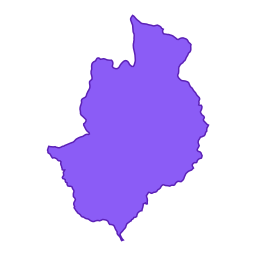 Novo Cruzeiro, Minas Gerais, Brazil (Robinson projection)
{"feature_id": "56859067B79443339621870", "entity_name": "Novo Cruzeiro", "entity_type": "district", "adm_level": 2, "iso_a3": "BRA", "parent_name": "Brazil", "parent_adm1": "Minas Gerais", "projection": "robinson", "projection_center": [-41.963, -17.365], "detail": "fine", "context": "isolated", "style": "filled", "palette": "violet", "viewbox_px": 256, "rotation_deg": 0, "n_neighbors": 0, "source": "geoboundaries", "source_scale": "gbopen_adm2", "svg_char_len": 5766}
<svg xmlns="http://www.w3.org/2000/svg" viewBox="0 0 256 256"><path d="M91.7,69.2L91.1,71.2L91.1,73.6L91.6,75.4L92.0,77.1L92.0,79.1L91.3,79.9L90.4,80.6L89.6,81.6L89.5,82.8L89.6,83.9L89.9,85.6L89.9,87.1L89.6,88.4L88.8,90.0L87.9,91.5L87.3,92.9L86.7,94.1L86.4,95.6L85.5,97.1L84.2,97.8L82.9,98.5L81.8,99.4L81.4,100.6L81.6,102.5L81.1,104.3L80.5,105.9L80.1,107.6L80.0,109.3L80.3,110.7L80.5,112.4L80.5,113.7L81.2,115.1L82.5,116.2L83.8,117.4L85.0,118.6L86.0,119.6L86.0,121.1L85.3,122.3L84.6,123.2L83.7,123.8L83.7,125.1L84.4,126.5L85.2,128.1L86.1,129.8L87.2,131.2L88.2,132.0L89.0,132.6L89.4,133.9L88.4,134.5L87.4,134.3L86.2,134.4L85.1,134.9L84.0,135.6L83.2,136.2L82.1,136.6L80.6,137.0L78.6,137.8L76.8,138.8L75.9,139.4L74.0,141.5L72.8,142.3L71.8,142.6L70.5,143.1L69.3,143.6L68.1,144.1L67.2,144.5L64.7,145.5L63.7,146.2L62.5,146.3L61.1,147.1L59.3,147.8L58.0,147.7L57.1,147.4L56.1,147.2L55.1,146.7L54.0,146.9L52.9,146.9L50.1,146.6L48.8,146.3L48.3,147.6L47.9,148.9L47.5,150.1L47.9,151.2L48.0,152.7L49.0,153.4L50.1,154.1L51.6,156.8L52.5,158.0L54.2,157.7L55.5,158.2L56.8,158.9L57.7,160.1L58.5,160.7L60.0,160.8L61.0,161.9L60.7,163.4L60.9,164.8L61.5,166.1L61.7,167.3L62.1,168.4L62.2,169.7L63.3,170.1L64.7,170.0L64.2,171.1L63.3,172.3L63.5,173.7L63.7,175.2L63.1,176.1L62.3,177.3L62.7,178.5L63.9,178.9L65.2,179.6L65.2,181.0L65.8,182.3L67.0,182.8L67.1,184.6L67.8,185.9L69.3,186.3L70.9,186.3L72.2,187.1L72.5,188.5L73.1,189.4L73.8,190.3L73.9,191.8L73.4,193.2L73.3,194.9L73.4,196.5L74.1,197.4L74.9,198.2L75.4,199.7L74.7,201.2L74.0,202.4L73.7,204.0L74.1,205.4L74.6,206.6L74.1,207.8L75.0,209.0L76.0,210.7L77.0,211.7L77.5,212.8L78.7,213.5L80.3,214.7L81.2,216.1L82.2,216.9L83.4,217.0L85.5,218.4L86.5,218.7L87.5,218.8L88.9,219.4L90.3,220.5L91.5,221.1L92.7,221.5L94.0,221.5L95.4,220.9L97.0,220.5L98.2,220.5L99.7,220.8L101.2,220.2L102.7,219.5L104.3,219.7L105.8,220.0L106.8,220.4L108.0,221.3L108.7,223.0L109.6,224.4L111.1,224.5L112.4,224.8L113.5,225.3L114.3,226.3L114.8,227.5L115.4,229.0L116.2,230.4L117.1,231.7L117.1,233.2L117.6,234.5L118.7,235.6L119.7,236.7L120.5,238.0L121.0,239.5L121.6,240.6L123.3,240.0L122.2,238.9L121.7,238.0L120.9,236.5L120.0,234.5L120.8,232.9L121.9,231.8L122.9,230.7L123.6,229.7L124.7,228.6L125.6,227.4L126.1,225.7L126.7,224.1L127.5,223.2L128.4,222.7L130.1,221.3L131.2,220.8L131.6,219.6L132.6,219.2L133.3,218.5L133.8,217.5L135.2,217.3L136.6,216.6L137.0,214.8L137.6,213.2L138.5,212.2L139.6,211.4L140.7,210.8L141.9,210.7L142.2,209.1L142.7,207.6L143.1,205.8L143.3,203.9L144.3,203.5L145.4,202.9L146.2,204.0L147.3,203.8L147.2,202.3L147.4,200.1L147.2,198.6L146.7,197.2L146.4,195.7L147.4,194.3L148.0,193.2L148.8,192.3L150.0,192.6L151.2,193.3L152.4,193.1L153.7,192.3L155.1,192.2L156.5,191.6L157.3,190.6L157.9,189.7L159.2,189.0L160.4,187.9L161.0,186.6L162.0,185.4L163.1,184.7L164.2,185.0L165.4,185.5L166.6,185.6L167.8,185.7L169.8,186.1L171.3,185.3L172.7,185.2L173.7,185.3L174.6,184.9L175.5,183.4L176.5,182.2L178.0,181.3L179.6,181.5L181.0,181.7L182.2,180.8L183.1,179.9L183.8,178.7L184.4,176.9L185.2,175.1L185.9,173.6L186.9,172.6L188.4,171.3L189.8,170.7L191.6,170.0L192.7,168.8L193.5,168.1L192.9,167.0L192.3,165.9L192.3,164.7L193.1,163.5L194.4,162.6L196.1,162.7L196.9,162.1L197.3,160.6L198.3,159.4L199.4,158.7L200.4,158.4L201.4,158.1L201.9,156.8L202.1,155.5L201.5,154.4L201.0,152.9L199.9,151.8L198.2,151.4L197.1,150.0L197.6,148.6L198.5,147.2L199.2,145.7L198.7,144.4L198.1,142.6L198.4,140.5L199.7,138.5L200.4,137.1L201.7,136.9L202.8,136.3L203.8,136.0L204.6,135.3L205.2,134.1L205.5,132.8L206.1,131.8L206.8,131.1L206.7,129.7L207.0,127.8L207.8,126.6L208.5,125.1L207.1,124.4L206.1,123.3L205.3,122.5L204.6,121.7L203.6,120.7L203.4,119.4L204.0,118.4L204.3,117.3L203.8,116.3L203.0,115.6L202.1,115.0L200.7,112.9L200.4,111.8L201.0,110.5L201.5,109.4L201.8,108.3L202.0,106.8L201.3,105.3L199.8,105.3L198.7,104.9L199.1,103.1L198.8,101.5L199.2,100.4L199.7,99.0L199.3,97.7L198.4,96.7L197.2,95.5L196.4,94.4L195.7,93.0L194.5,91.6L193.5,90.5L192.9,89.4L192.1,88.1L191.2,87.4L190.5,86.7L189.8,85.5L189.3,84.3L188.7,82.8L187.7,81.9L186.4,81.4L185.1,81.0L183.4,80.8L181.8,80.6L180.8,80.0L179.9,79.2L179.0,78.3L178.3,77.3L177.7,76.0L177.8,74.6L178.5,73.2L178.7,70.9L178.7,69.8L178.7,68.3L178.9,67.1L179.7,65.7L180.4,64.5L181.5,63.6L182.8,62.7L183.7,61.4L184.9,60.5L185.5,59.4L185.9,58.3L186.6,56.9L187.5,55.5L188.1,54.2L188.5,53.1L189.7,52.2L190.5,50.9L190.8,49.7L190.8,48.1L190.7,46.1L191.0,44.6L190.2,43.6L189.3,42.9L188.5,42.1L188.0,41.0L187.2,39.8L186.0,38.9L183.1,37.9L181.6,38.0L180.2,38.4L179.2,39.0L178.2,39.5L176.9,39.2L175.8,38.1L174.4,37.1L173.0,36.0L171.7,35.4L170.3,35.0L168.8,34.5L167.6,34.5L166.0,34.2L164.5,34.0L163.5,33.7L162.7,32.2L162.6,30.6L163.3,29.2L161.6,28.3L161.0,27.2L159.9,26.3L158.8,25.7L157.4,25.1L156.0,25.4L154.7,25.8L153.4,25.9L152.4,25.6L151.0,25.2L149.3,24.9L148.1,24.6L146.7,24.1L143.4,23.7L142.0,23.5L140.7,22.8L139.5,21.7L138.4,20.8L137.2,19.9L136.1,18.8L135.3,17.9L134.5,16.9L133.6,16.0L132.6,15.4L132.0,16.2L131.1,17.6L130.6,18.9L130.7,20.1L131.4,22.0L132.0,23.7L132.5,24.7L132.7,25.9L132.8,27.4L133.1,31.4L133.4,32.6L134.0,33.8L134.2,35.3L134.1,37.0L134.0,38.3L134.1,39.8L133.8,41.4L133.7,42.6L133.4,43.7L133.3,45.3L133.5,48.1L133.8,49.3L134.1,50.6L134.4,51.9L135.0,55.0L135.1,56.6L135.2,57.9L135.3,59.7L135.3,61.0L134.9,62.5L134.4,64.2L134.0,65.4L133.3,66.4L131.7,66.4L130.6,65.4L129.5,64.5L128.9,63.2L128.1,61.9L126.7,60.8L125.3,60.6L124.0,61.1L122.9,62.0L121.6,63.3L120.5,64.7L119.7,66.1L119.1,67.2L118.0,68.2L117.0,68.7L115.3,68.6L114.0,68.1L113.0,67.5L112.3,66.2L112.7,64.7L112.9,63.5L112.8,62.4L112.4,61.3L111.5,60.2L109.5,60.2L107.7,60.0L106.6,59.7L105.2,59.1L103.7,58.7L100.4,59.3L99.5,58.3L98.1,57.9L97.0,58.4L96.2,59.6L95.6,60.8L93.6,61.9L92.6,62.8L92.0,63.8L91.7,65.2L91.6,66.5L91.7,67.9L91.7,69.2Z" fill="#8b5cf6" stroke="#5b21b6" stroke-width="1.5"/></svg>